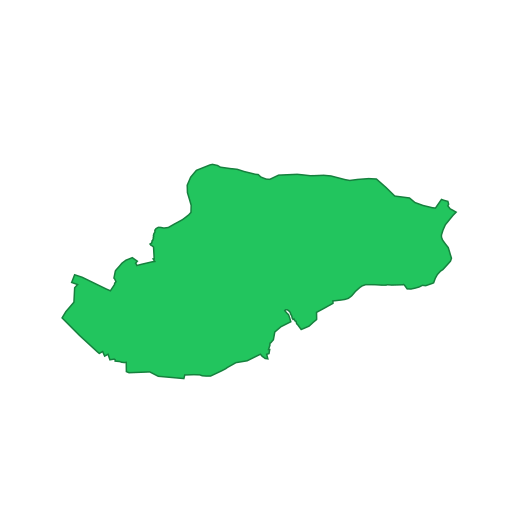 outline of Kaduna North, Kaduna, Nigeria, rotated 251°
{"feature_id": "59680162B72659245241320", "entity_name": "Kaduna North", "entity_type": "district", "adm_level": 2, "iso_a3": "NGA", "parent_name": "Nigeria", "parent_adm1": "Kaduna", "projection": "natural_earth1", "projection_center": [7.443, 10.553], "detail": "fine", "context": "isolated", "style": "filled", "palette": "green", "viewbox_px": 512, "rotation_deg": 251, "n_neighbors": 0, "source": "geoboundaries", "source_scale": "gbopen_adm2", "svg_char_len": 3530}
<svg xmlns="http://www.w3.org/2000/svg" viewBox="0 0 512 512"><g transform="rotate(251 256 256)"><path d="M232.3,459.5L235.5,456.7L237.4,454.9L241.0,453.7L242.2,455.0L245.2,455.2L246.3,453.5L247.8,451.4L249.1,449.8L242.9,441.3L244.2,438.5L249.3,430.5L254.8,423.7L260.9,420.0L267.5,406.7L278.3,401.3L289.6,394.9L292.5,387.7L295.3,377.0L296.9,369.2L299.2,365.1L307.3,352.9L310.3,346.2L312.9,337.5L314.2,333.5L317.4,326.8L319.8,321.6L325.1,303.7L324.5,298.5L324.0,294.0L325.3,290.8L327.1,288.6L329.1,286.3L332.3,284.6L333.5,281.9L336.0,278.1L339.7,272.3L340.3,271.5L342.5,268.6L344.1,266.4L346.1,262.2L346.7,260.8L351.6,251.2L354.1,249.1L356.8,244.7L357.1,242.1L356.6,231.9L356.4,227.7L356.2,227.2L351.8,219.9L345.3,214.0L338.2,211.8L330.3,211.5L325.0,211.2L318.4,208.7L316.8,205.8L314.5,199.0L314.1,197.2L312.9,189.8L311.5,182.4L312.4,178.0L314.0,175.3L314.9,173.0L314.5,170.7L314.4,170.3L314.0,169.8L313.6,169.5L313.4,168.8L312.1,168.4L311.4,168.1L311.0,167.7L310.6,166.9L309.7,166.4L309.4,166.2L309.2,165.9L308.9,165.7L308.5,165.7L307.7,165.6L307.4,165.4L307.3,165.0L306.9,164.9L306.5,164.8L306.1,164.8L305.9,164.5L305.6,164.3L305.2,163.9L304.6,163.7L304.2,162.7L303.9,162.7L302.8,161.8L302.4,161.8L302.2,161.5L301.8,159.7L300.3,160.2L299.8,160.8L298.5,161.7L297.7,162.0L289.2,159.6L286.5,158.8L286.7,157.8L283.8,158.5L284.3,155.9L285.4,145.4L285.8,140.2L287.1,140.2L288.4,139.8L289.7,142.1L291.2,141.0L292.9,139.8L294.7,138.5L294.5,134.7L294.4,131.7L292.8,126.8L290.9,123.7L288.7,119.7L287.7,118.2L281.4,114.5L280.0,115.0L277.2,115.2L276.3,113.5L276.2,113.5L275.1,113.0L270.5,107.0L273.4,103.8L292.5,84.7L297.3,78.4L291.0,73.1L287.1,78.0L285.0,74.2L271.6,68.8L265.3,58.1L260.6,52.5L238.3,63.3L217.2,74.7L214.9,76.1L215.6,79.9L210.6,80.3L211.3,84.1L205.4,84.1L204.7,88.3L203.7,89.1L202.5,88.6L200.5,92.9L199.2,94.5L198.9,95.2L198.1,96.8L197.7,98.7L188.9,95.8L187.0,97.9L181.0,117.8L174.1,124.4L163.6,147.9L166.7,149.9L164.0,158.7L161.9,164.2L160.3,166.1L158.7,169.8L157.3,174.0L158.6,186.0L159.3,190.7L159.9,192.6L161.7,202.3L159.8,213.5L161.7,228.2L159.1,229.2L157.2,230.6L156.1,231.3L155.9,231.8L154.9,233.7L159.6,234.1L159.5,236.5L163.1,238.5L163.5,237.4L167.1,240.1L167.5,240.1L169.1,241.0L169.2,241.8L171.2,245.2L178.0,249.0L181.0,256.5L182.5,267.5L186.8,267.7L190.1,267.6L191.4,266.8L195.0,265.4L195.5,266.4L195.0,268.1L194.9,268.2L192.8,269.5L191.4,270.0L190.1,269.9L189.2,270.0L187.7,270.3L185.2,270.0L183.9,270.4L183.8,270.9L184.1,271.4L181.8,271.8L181.2,272.6L178.7,272.4L177.5,273.0L171.8,274.8L172.0,278.0L172.4,283.3L174.0,287.0L174.6,288.3L176.2,292.6L176.9,292.9L178.1,293.3L181.8,294.5L182.6,294.7L183.0,294.9L183.6,298.5L184.0,301.0L184.9,306.2L185.0,306.6L186.2,313.4L188.5,314.1L187.7,317.4L187.2,319.9L186.8,321.5L186.0,325.9L185.9,329.2L185.9,329.5L186.8,332.4L187.3,333.7L190.2,338.6L192.5,344.1L193.2,346.8L193.2,350.4L191.7,354.7L191.4,355.6L190.7,357.5L190.5,358.2L189.5,360.7L189.0,361.9L188.2,363.8L188.0,364.2L187.0,366.9L186.9,367.2L186.1,369.6L186.1,370.1L186.2,370.5L184.9,373.6L184.4,374.6L181.0,385.5L181.0,386.3L179.7,387.0L175.7,388.2L175.2,389.6L174.7,390.7L174.6,391.1L174.3,391.7L174.2,393.1L174.1,393.6L173.8,396.2L173.8,396.5L173.6,399.8L173.6,400.3L174.1,403.8L172.7,406.8L172.7,413.6L172.8,415.2L174.3,416.4L176.6,418.3L179.4,421.4L181.6,425.4L182.3,428.2L185.5,434.1L187.8,438.2L190.3,440.1L194.1,440.2L198.0,440.4L201.4,440.5L206.0,438.9L210.3,437.6L213.4,437.5L215.5,438.2L219.7,441.3L223.9,445.2L230.3,455.5L232.3,459.5Z" fill="#22c55e" stroke="#15803d" stroke-width="1.5"/></g></svg>